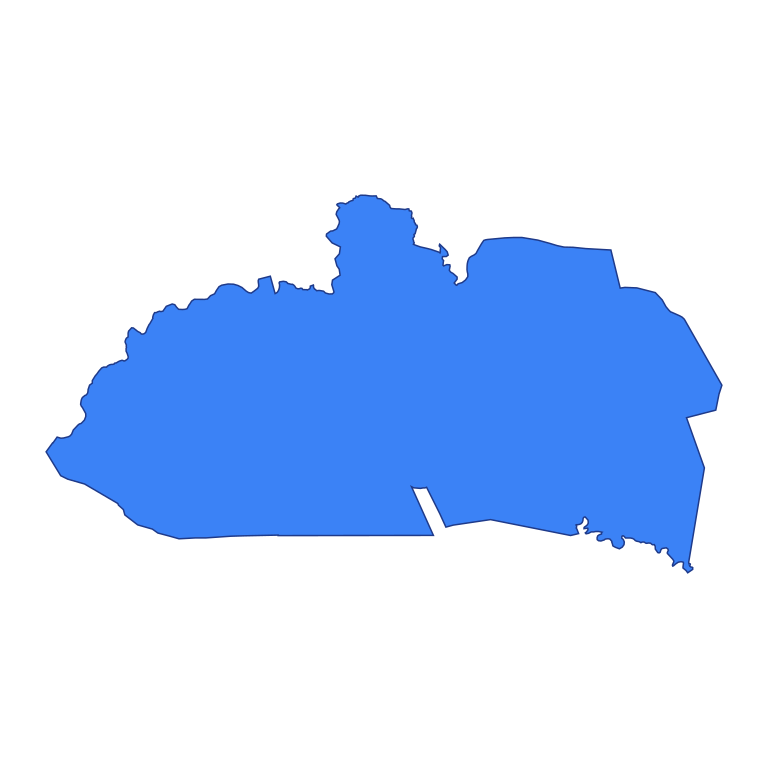 outline of Kota Padang Panjang, Sumatera Barat, Indonesia
{"feature_id": "22746128B34977061629525", "entity_name": "Kota Padang Panjang", "entity_type": "district", "adm_level": 2, "iso_a3": "IDN", "parent_name": "Indonesia", "parent_adm1": "Sumatera Barat", "projection": "orthographic", "projection_center": [100.402, -0.47], "detail": "fine", "context": "isolated", "style": "filled", "palette": "blue", "viewbox_px": 768, "rotation_deg": 0, "n_neighbors": 0, "source": "geoboundaries", "source_scale": "gbopen_adm2", "svg_char_len": 6083}
<svg xmlns="http://www.w3.org/2000/svg" viewBox="0 0 768 768"><path d="M152.9,318.3L149.7,323.9L149.1,324.5L147.2,328.4L145.8,332.2L144.6,333.4L143.7,333.9L142.0,334.1L141.2,333.9L140.2,332.7L137.8,331.5L133.4,328.0L131.6,327.8L128.6,331.1L128.1,333.1L128.1,336.9L126.5,338.1L125.8,339.2L125.1,341.4L125.2,342.4L126.4,345.1L126.2,346.2L126.5,347.2L126.1,348.4L126.1,351.2L127.2,353.5L128.2,356.7L128.1,358.1L127.2,359.3L124.8,360.9L123.7,360.9L122.9,360.5L122.0,360.3L119.7,361.0L118.4,361.6L116.1,363.0L115.0,363.0L114.4,363.4L114.0,364.1L112.5,364.4L111.2,364.4L109.4,364.9L107.4,366.1L106.6,367.1L103.6,367.1L101.7,367.9L98.9,371.1L97.0,373.8L95.2,375.9L92.3,380.6L92.3,383.2L89.6,385.1L88.1,389.5L88.0,391.1L87.7,392.9L87.2,393.8L85.9,395.2L85.0,395.4L82.4,397.5L81.5,399.3L81.1,400.9L80.6,404.3L81.3,406.1L82.4,407.5L85.7,413.5L85.8,416.4L84.4,420.1L81.2,423.4L79.3,424.0L77.9,425.1L73.3,430.0L71.6,434.2L69.8,436.1L68.2,436.8L63.5,438.0L60.9,438.2L57.1,437.1L52.9,443.0L52.6,442.9L46.1,451.8L60.7,475.7L67.8,479.2L84.6,484.0L117.8,503.5L118.5,505.2L123.4,509.6L124.8,514.9L137.7,524.9L152.4,529.1L157.8,533.0L170.2,536.3L179.0,538.8L195.6,537.9L206.0,537.9L230.9,536.2L244.5,535.8L278.1,535.1L278.1,535.6L278.5,535.6L433.4,535.4L411.5,486.7L413.7,487.8L420.5,488.4L423.1,487.9L425.0,487.9L426.6,487.3L439.8,513.7L445.9,527.1L453.3,525.1L490.5,519.6L570.6,535.5L578.6,533.6L576.9,529.1L576.2,528.0L576.6,527.1L576.6,525.7L576.0,525.0L576.5,524.7L577.8,524.7L579.7,524.3L581.0,523.7L582.2,522.5L582.9,520.7L583.1,518.6L583.3,518.0L583.9,517.3L584.6,517.0L585.2,517.0L585.7,517.5L588.0,520.1L588.2,521.6L588.2,523.4L587.1,525.1L585.6,526.3L584.4,527.1L584.0,527.8L584.0,528.7L587.7,528.2L587.9,528.8L587.9,530.0L586.4,532.0L585.3,532.9L586.1,533.8L588.6,533.3L591.3,531.9L593.8,531.9L595.7,531.5L598.8,531.5L601.9,532.2L601.5,532.5L601.5,534.0L599.2,534.8L597.7,535.9L597.1,537.7L597.2,539.6L598.5,540.7L600.9,541.0L604.3,539.9L605.2,539.1L607.3,538.8L608.5,538.8L609.9,539.1L611.8,541.3L611.8,542.2L612.5,544.2L612.7,545.3L613.0,546.0L615.4,547.3L619.4,548.8L622.3,547.1L624.0,544.7L624.3,542.0L623.5,539.9L622.6,538.8L621.8,538.3L621.8,536.8L622.3,535.9L623.5,535.9L624.4,536.7L625.5,538.0L630.5,538.0L632.7,538.5L634.1,539.3L635.3,540.6L636.7,541.2L639.3,541.7L640.9,542.7L642.1,542.1L643.3,542.0L644.4,542.2L645.6,543.1L646.7,543.3L648.5,543.0L650.6,543.2L651.9,544.4L652.9,544.8L654.3,544.6L655.2,546.3L655.3,549.1L657.8,552.6L659.1,552.9L660.1,552.3L661.0,549.6L662.1,548.5L666.3,547.8L667.9,549.0L668.3,550.3L667.3,552.5L667.4,553.5L672.7,559.2L673.8,560.9L673.8,561.7L672.4,565.1L672.8,566.1L673.5,565.8L675.7,563.9L678.3,562.2L681.0,561.7L683.1,562.1L683.5,562.9L683.0,566.9L683.0,568.0L686.0,570.5L687.7,572.8L692.7,569.4L692.7,568.1L692.8,567.8L692.2,567.2L690.8,567.0L689.7,566.1L689.5,565.6L690.0,565.3L690.3,564.5L690.3,564.0L689.4,563.5L688.9,563.7L688.7,562.2L704.4,467.9L686.5,417.7L715.8,410.1L719.0,394.1L721.9,385.2L684.3,319.2L682.2,317.2L679.7,315.8L671.1,312.0L670.7,312.0L668.7,310.0L665.9,306.6L662.2,299.9L655.3,292.6L636.9,287.9L624.9,287.4L620.2,288.1L610.9,250.0L585.9,248.6L573.1,247.3L564.1,247.1L557.1,245.6L549.8,243.4L537.8,240.1L522.0,237.5L513.4,237.5L504.6,237.9L487.5,239.5L485.7,239.8L483.8,240.4L481.7,243.4L477.9,249.9L476.0,253.5L474.0,255.0L471.4,256.3L469.4,257.7L468.2,260.2L467.7,261.8L467.3,263.7L467.1,265.8L467.0,269.6L467.3,271.9L467.8,273.9L467.8,276.7L465.5,280.0L462.1,282.6L458.1,283.8L456.8,285.2L456.5,285.8L456.5,285.5L454.2,283.0L457.1,279.2L457.1,277.0L453.1,273.5L450.5,272.0L449.3,270.2L450.1,266.2L449.8,264.8L446.8,264.6L443.7,265.9L443.0,265.2L443.3,262.2L443.6,260.6L442.2,258.9L442.5,256.6L446.3,256.5L448.2,255.1L447.2,251.8L445.2,249.5L439.7,244.2L439.3,245.2L439.3,246.1L440.4,247.4L440.5,248.6L440.2,250.2L440.2,250.9L440.4,251.8L440.0,252.9L439.3,252.3L437.6,251.7L431.2,249.5L426.9,248.4L420.3,246.9L416.6,245.6L414.5,244.8L413.4,244.2L414.2,243.0L414.1,242.3L413.6,241.9L413.5,240.5L412.9,239.1L413.1,238.1L413.4,237.4L414.3,236.7L414.4,235.9L413.9,234.7L414.3,234.1L415.1,233.8L416.5,228.6L417.1,228.0L417.4,226.9L417.0,225.3L416.3,225.1L415.5,224.6L415.5,223.8L414.3,222.1L414.1,220.2L413.6,219.5L413.2,218.2L412.1,218.5L411.4,217.9L411.7,216.5L411.5,215.4L412.0,213.0L411.3,211.1L409.3,210.8L408.8,208.9L407.4,208.9L405.1,209.5L399.4,208.9L396.3,208.9L391.1,208.5L390.0,207.0L389.6,205.3L385.1,201.4L383.9,200.9L382.2,199.5L380.8,198.8L377.4,198.5L376.2,195.9L372.0,196.0L369.9,195.9L365.6,195.3L360.7,195.2L358.9,195.9L358.6,196.7L358.1,197.1L356.1,196.1L355.3,198.1L353.3,198.6L352.9,200.4L351.2,200.8L348.8,201.9L348.3,202.7L347.2,203.0L345.8,204.0L342.8,203.1L340.2,203.0L337.4,203.9L336.8,204.8L337.8,205.9L338.6,206.5L339.7,207.8L338.7,208.8L336.8,211.7L336.3,213.6L336.2,214.5L338.1,218.1L339.3,220.7L339.4,221.6L339.2,223.4L337.6,227.1L336.6,229.0L332.7,230.9L330.6,231.1L326.8,233.8L326.5,234.2L326.3,236.2L332.1,242.9L340.4,246.9L339.4,253.8L335.0,258.8L336.9,265.8L339.2,269.2L340.1,275.2L332.5,280.1L331.8,284.7L333.9,291.7L333.8,292.6L332.4,293.9L329.1,294.0L325.4,293.0L323.6,291.2L319.8,290.5L318.3,290.5L316.7,290.7L315.2,289.3L314.6,289.1L313.7,287.6L313.5,286.6L313.5,285.3L313.4,285.0L310.3,286.1L310.2,287.7L309.7,288.8L307.3,290.0L306.8,289.7L302.8,289.6L302.0,288.4L300.7,288.2L298.9,288.8L297.5,288.7L295.9,288.0L294.9,286.3L293.9,285.2L292.6,284.3L291.2,284.3L287.6,283.4L287.5,283.0L286.2,281.8L283.3,281.3L279.6,281.9L279.1,282.9L279.6,284.9L279.4,287.6L278.8,289.7L278.0,291.3L277.1,292.5L275.1,293.6L270.3,276.2L258.7,279.2L258.2,280.7L258.3,282.4L258.6,284.3L258.7,286.4L257.7,288.3L254.1,291.1L251.2,293.1L248.6,292.6L246.3,291.2L242.0,287.5L238.0,285.5L233.6,284.2L228.0,284.0L221.7,285.2L219.0,286.7L216.4,290.5L214.6,293.8L210.5,295.7L207.5,299.0L204.6,299.4L194.3,299.3L191.6,301.1L190.0,303.7L189.0,305.0L187.1,308.7L185.1,309.3L182.4,309.5L178.6,309.3L176.5,307.1L174.8,304.7L172.2,304.0L166.3,306.3L162.9,311.2L160.8,311.6L159.6,311.2L157.5,311.9L156.3,312.6L154.6,312.6L153.4,314.8L152.7,317.3L152.9,318.3Z" fill="#3b82f6" stroke="#1e3a8a" stroke-width="1.5"/></svg>